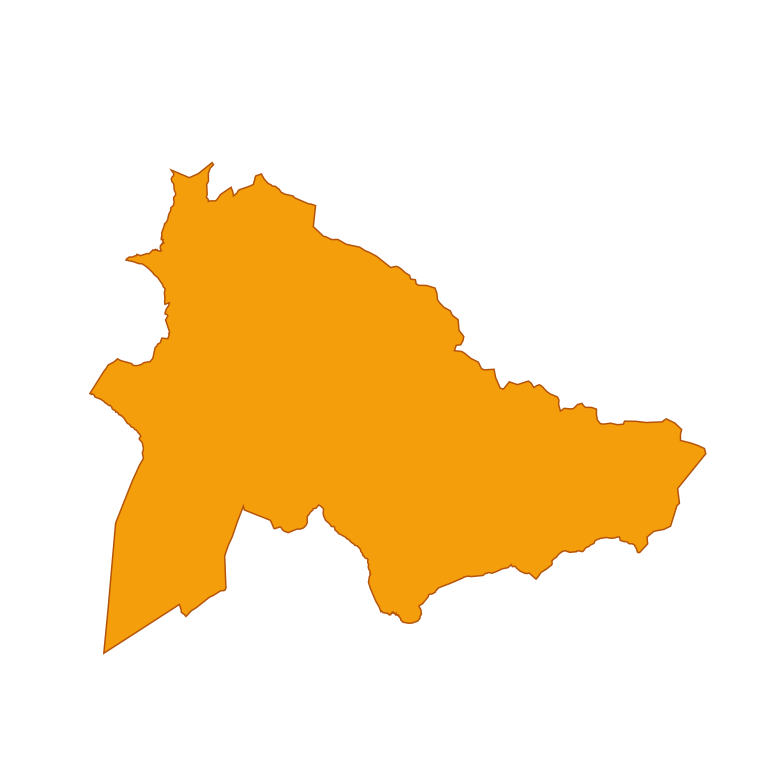 the district of Kwaebibirem, Eastern, Ghana, rotated 353°
{"feature_id": "2480657B54074930978119", "entity_name": "Kwaebibirem", "entity_type": "district", "adm_level": 2, "iso_a3": "GHA", "parent_name": "Ghana", "parent_adm1": "Eastern", "projection": "mercator", "projection_center": [-0.887, 6.234], "detail": "fine", "context": "isolated", "style": "filled", "palette": "amber", "viewbox_px": 768, "rotation_deg": 353, "n_neighbors": 0, "source": "geoboundaries", "source_scale": "gbopen_adm2", "svg_char_len": 6164}
<svg xmlns="http://www.w3.org/2000/svg" viewBox="0 0 768 768"><g transform="rotate(353 384 384)"><path d="M458.6,319.3L452.8,315.2L449.2,310.3L447.4,307.1L447.5,300.0L446.3,295.0L438.3,291.4L430.2,290.2L428.1,288.4L427.9,284.4L423.1,283.0L422.7,279.3L418.9,276.4L414.9,271.8L412.5,269.7L410.5,268.7L404.8,269.2L392.4,256.5L385.4,251.5L381.4,249.3L376.5,245.2L363.7,240.8L355.8,234.9L350.3,234.4L348.5,233.6L344.0,230.6L342.1,230.2L333.0,219.2L337.8,198.6L333.4,196.5L331.1,196.0L318.2,188.5L316.6,186.3L308.8,183.5L305.3,181.1L303.6,177.9L300.1,174.5L297.4,174.0L296.2,172.6L293.2,170.6L289.9,165.7L287.9,160.6L282.2,161.8L281.1,163.5L280.6,165.4L278.5,170.1L273.0,171.7L263.9,173.6L262.8,174.4L261.2,176.6L257.5,179.0L257.4,175.1L256.2,170.1L245.0,175.9L241.4,179.9L239.3,181.7L234.1,181.1L231.9,181.3L232.1,179.7L230.4,176.7L231.6,174.4L232.3,164.3L234.5,161.3L235.3,153.7L237.6,148.8L241.4,145.6L240.4,143.3L225.3,152.6L215.9,155.5L198.9,145.7L200.9,149.5L200.5,151.6L199.0,152.7L197.8,154.5L198.1,157.0L199.5,159.3L199.7,160.1L199.4,165.9L200.4,168.9L200.1,171.4L198.1,173.0L197.7,175.1L197.9,177.9L196.7,181.2L194.0,183.0L193.3,186.0L191.0,189.5L189.5,194.0L188.0,196.5L185.5,198.6L185.7,199.1L181.7,207.1L181.8,208.7L181.2,210.4L181.6,211.2L180.7,211.9L180.5,213.6L182.5,213.8L181.7,215.7L182.6,217.2L180.8,217.4L180.9,218.1L180.5,218.7L179.5,218.8L179.1,219.1L178.4,222.0L179.4,224.4L178.6,224.6L178.3,225.1L176.9,224.3L175.9,224.3L175.1,223.0L174.6,223.5L174.0,223.4L173.7,222.7L173.1,223.1L172.3,222.7L171.7,223.2L170.9,222.8L166.8,226.1L165.2,225.6L157.9,226.9L154.6,225.2L154.0,226.4L152.4,226.5L149.3,227.4L146.8,226.9L144.1,228.3L143.0,229.5L150.3,232.1L155.4,234.7L158.5,235.2L161.7,237.9L164.3,240.6L168.4,245.7L168.7,246.9L172.3,250.6L176.4,258.4L176.7,260.6L178.4,262.7L177.1,266.9L177.0,272.3L176.2,275.9L176.3,278.2L180.9,277.2L179.7,280.1L177.0,283.1L175.2,287.1L175.4,287.9L177.2,288.7L177.6,289.3L177.5,290.5L175.0,293.8L177.5,306.2L177.5,306.6L176.4,307.8L176.9,308.6L175.0,312.7L169.1,311.4L167.0,315.6L165.6,316.5L164.2,316.8L163.1,318.9L161.8,319.5L161.2,320.3L157.7,330.3L154.3,333.5L151.9,333.2L150.3,333.6L148.7,333.4L145.2,335.1L142.6,335.6L140.2,335.6L137.1,334.8L136.1,333.0L126.3,329.0L123.5,327.4L122.7,326.5L118.6,329.2L112.6,331.5L109.6,335.3L108.3,336.3L90.9,357.6L92.5,358.7L93.4,358.3L95.2,360.0L95.5,361.6L101.5,364.9L103.0,366.5L103.6,366.7L105.2,369.0L106.1,369.3L107.3,370.9L108.9,372.0L109.3,371.7L110.6,372.9L111.3,375.6L112.6,376.9L113.3,376.9L114.1,378.0L114.4,379.3L115.3,379.1L116.9,380.9L117.0,382.0L118.4,382.7L118.8,382.6L119.3,383.6L120.2,384.0L120.7,385.1L121.4,385.5L124.5,391.8L126.5,393.1L127.8,395.6L130.3,397.1L131.2,398.9L132.7,399.7L134.0,402.3L135.5,404.3L136.2,406.5L134.7,407.6L134.4,409.0L136.9,412.6L137.4,418.2L136.5,421.7L135.7,422.5L136.2,428.5L131.6,434.5L122.3,449.7L100.7,489.3L83.0,572.4L73.1,617.1L154.0,577.9L155.2,583.5L155.0,585.9L157.8,588.5L159.1,590.6L165.3,585.5L170.7,583.0L184.8,574.3L188.5,573.2L196.5,569.4L199.9,569.5L201.2,569.1L202.5,566.6L202.4,565.2L204.9,535.3L209.8,525.1L214.7,517.2L221.2,503.8L229.5,488.1L230.0,492.0L254.7,505.5L257.2,514.0L258.0,514.3L263.3,513.2L264.0,513.4L265.7,516.6L267.3,518.1L270.9,519.9L279.1,517.6L280.6,517.4L283.4,517.8L286.6,517.0L289.7,514.4L290.9,512.3L291.6,506.2L294.2,503.7L295.0,502.5L298.1,500.3L298.6,499.0L301.2,499.1L304.5,496.1L306.5,497.7L308.8,500.5L307.8,505.1L308.1,507.9L309.4,512.1L313.2,516.5L314.0,518.4L314.8,519.2L315.8,519.4L316.8,519.2L317.4,519.9L317.7,523.2L318.9,524.1L321.0,527.3L322.2,527.8L327.2,531.4L327.9,532.6L330.4,534.5L331.8,536.7L334.9,539.5L335.4,540.5L337.7,541.4L340.3,545.0L340.6,547.3L342.1,550.1L342.1,551.6L342.9,552.2L343.7,553.9L344.8,554.9L346.1,555.3L346.8,556.4L346.2,557.7L346.2,559.6L346.8,561.6L346.1,563.1L346.1,564.9L347.3,568.8L346.8,570.4L347.6,571.2L346.1,573.2L344.4,578.9L345.6,585.4L349.4,598.6L352.0,604.7L353.1,609.3L353.4,608.9L353.8,609.0L355.0,610.7L360.0,612.3L360.3,613.1L361.5,613.9L362.1,613.3L362.6,613.7L363.4,612.5L364.1,612.5L364.5,611.4L365.2,611.3L365.7,612.1L366.2,612.3L365.8,612.8L367.4,614.0L367.9,613.5L367.7,614.5L368.4,614.2L368.9,615.3L369.9,614.9L370.5,615.7L370.3,616.5L371.8,618.5L372.0,620.4L373.8,622.7L379.0,624.4L382.8,624.7L388.5,623.4L391.1,621.0L391.5,619.0L393.1,617.0L393.1,612.9L391.6,608.5L395.5,606.8L401.7,600.8L402.6,598.9L403.5,598.2L406.4,598.2L409.6,596.8L410.1,595.6L413.5,592.9L425.2,590.0L438.6,586.1L439.5,585.5L443.5,584.9L447.5,585.8L459.0,586.1L461.2,584.5L463.3,584.4L464.7,583.9L465.8,584.1L467.9,585.0L473.7,583.6L479.1,581.8L484.6,581.4L488.3,578.9L489.1,580.9L492.2,581.1L493.2,583.0L496.3,586.3L500.6,589.0L503.1,589.6L505.1,589.4L511.1,596.2L513.2,594.4L517.0,590.1L522.3,587.7L528.4,584.0L529.0,582.9L529.1,580.0L531.9,577.8L533.4,577.4L536.9,574.0L540.4,572.1L543.1,571.5L544.3,571.9L544.9,572.5L546.2,572.7L547.6,573.7L554.5,573.9L555.1,573.3L558.0,573.5L559.8,574.5L561.0,574.4L561.9,573.7L564.6,570.9L567.2,570.4L569.5,568.9L572.4,568.0L573.1,567.6L574.0,565.8L575.0,564.9L579.9,563.6L586.0,563.4L590.1,564.7L594.5,564.9L596.7,564.4L599.0,564.5L599.3,565.4L599.4,568.0L603.3,569.8L605.1,569.9L606.1,570.5L607.2,571.9L608.4,572.6L610.5,572.7L612.7,573.9L614.6,578.6L614.9,581.1L615.6,582.3L617.2,582.4L626.2,574.8L626.4,568.0L633.9,563.1L644.2,562.4L651.1,560.0L659.9,540.5L662.7,538.4L662.7,523.5L694.9,492.4L694.2,487.1L687.9,483.2L680.9,479.8L671.4,476.2L672.2,469.7L673.9,465.5L667.9,458.2L660.0,453.0L657.0,454.4L655.4,455.5L639.6,454.2L629.2,451.7L618.3,450.2L616.5,453.1L610.5,452.8L604.1,450.5L597.3,450.6L594.0,449.8L591.5,446.0L591.1,440.8L591.8,434.8L587.0,432.5L580.9,431.7L579.2,429.5L578.0,427.3L573.6,428.0L569.1,431.4L566.7,431.6L559.9,430.1L555.8,432.4L554.8,425.6L555.7,421.3L554.6,418.1L547.6,414.0L544.3,410.9L540.7,405.7L538.2,403.7L535.3,404.3L532.3,405.8L530.1,401.0L527.7,398.7L516.4,400.9L508.6,397.1L502.0,403.6L498.8,402.2L495.6,391.3L495.0,382.8L485.5,382.2L482.6,380.7L480.3,373.8L473.3,369.2L467.7,363.3L465.1,361.2L457.9,359.5L460.5,354.3L464.8,354.5L467.5,350.9L469.0,346.6L465.0,339.9L465.4,329.2L460.3,324.3L458.6,319.3Z" fill="#f59e0b" stroke="#b45309" stroke-width="1.5"/></g></svg>